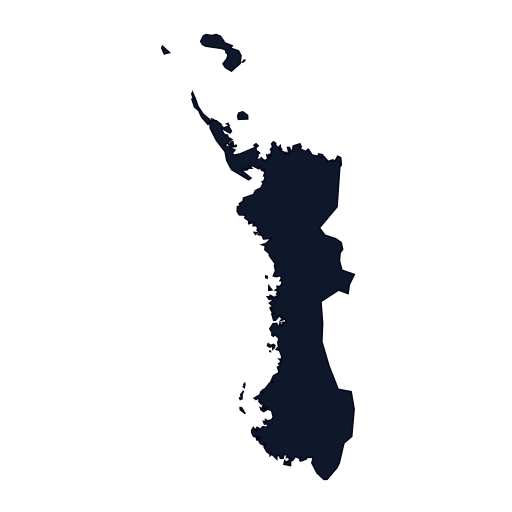 Eastern Samar, Eastern Samar, Philippines (Mercator projection), rotated 184°
{"feature_id": "2640588B94499067384006", "entity_name": "Eastern Samar", "entity_type": "district", "adm_level": 2, "iso_a3": "PHL", "parent_name": "Philippines", "parent_adm1": "Eastern Samar", "projection": "mercator", "projection_center": [125.55, 11.519], "detail": "fine", "context": "isolated", "style": "filled", "palette": "ink", "viewbox_px": 512, "rotation_deg": 184, "n_neighbors": 0, "source": "geoboundaries", "source_scale": "gbopen_adm2", "svg_char_len": 6106}
<svg xmlns="http://www.w3.org/2000/svg" viewBox="0 0 512 512"><g transform="rotate(184 256 256)"><path d="M198.3,55.5L197.1,54.5L191.5,57.1L191.7,58.6L184.8,59.1L185.9,53.5L180.0,43.8L172.6,37.8L169.5,38.2L160.3,50.7L158.5,55.3L155.2,75.5L147.9,82.7L147.4,110.1L151.6,127.3L164.7,128.8L175.4,151.2L184.3,175.1L184.8,193.6L188.0,215.1L171.2,227.8L161.5,224.9L160.9,234.0L156.6,244.4L169.3,247.9L172.4,257.0L172.3,264.9L170.0,268.8L172.0,275.4L177.6,278.8L188.7,281.6L194.7,288.5L178.6,310.7L178.6,350.8L177.2,352.7L178.3,359.9L181.4,361.3L183.7,356.6L185.6,356.1L185.9,357.3L191.8,355.0L191.4,356.2L195.0,359.8L197.4,359.1L196.2,361.2L197.1,361.8L200.6,362.2L200.9,360.4L202.3,359.9L207.1,360.7L211.2,366.2L213.9,363.8L220.0,366.3L218.4,368.1L220.0,371.0L226.5,368.4L227.1,363.2L228.3,363.1L230.3,366.6L232.1,366.5L230.6,361.7L231.8,360.3L233.2,361.5L233.5,361.0L233.7,359.4L233.8,359.3L235.4,361.7L238.6,362.5L237.7,364.2L238.7,364.8L241.1,363.4L239.0,365.7L239.5,367.9L241.4,365.5L244.2,368.0L244.3,370.0L246.7,371.1L248.3,369.0L247.1,365.9L249.1,363.1L247.9,362.4L248.3,357.2L248.8,357.6L248.8,355.7L250.1,354.8L249.6,359.0L250.6,357.2L252.3,357.6L251.2,353.8L252.7,352.3L255.0,352.1L258.0,354.9L257.5,353.7L259.6,352.4L262.5,353.2L260.9,355.7L261.2,358.1L259.0,359.2L261.7,358.9L261.1,360.2L262.3,360.3L264.1,364.4L279.1,356.7L285.3,355.0L286.8,356.9L284.4,360.3L295.1,364.2L288.2,370.6L292.0,372.2L292.9,374.6L295.9,374.8L299.0,379.5L298.2,382.5L300.9,384.2L300.0,384.9L305.3,388.3L308.9,387.9L309.0,389.3L307.0,389.0L309.7,389.6L309.0,388.6L311.1,386.9L310.7,380.4L303.7,368.8L294.1,357.9L291.8,349.1L286.4,340.5L268.7,331.5L266.4,333.3L276.7,340.6L273.0,341.0L273.8,341.4L274.1,342.7L270.6,342.9L271.8,342.1L270.8,341.4L269.4,343.0L266.4,343.3L269.0,345.4L265.5,345.7L259.3,343.2L258.6,345.0L256.1,341.8L254.0,343.0L254.4,341.2L252.7,341.3L253.9,336.4L252.7,336.5L252.5,334.6L253.3,331.5L255.1,330.4L253.8,329.3L255.9,324.3L261.2,321.2L262.7,317.1L272.5,313.1L272.8,309.6L276.3,307.1L275.2,304.8L278.0,304.0L277.9,299.1L275.4,295.8L270.8,296.1L269.0,294.6L269.9,293.2L265.7,290.6L265.5,287.7L260.1,289.3L261.1,286.1L257.5,286.1L256.1,283.4L256.8,282.0L253.8,279.5L255.2,277.5L251.4,277.0L249.7,273.4L241.8,274.8L246.8,269.3L250.9,267.7L247.5,266.9L247.6,262.8L242.8,259.3L242.7,257.2L236.0,249.3L237.0,248.1L235.5,242.5L237.4,237.3L234.1,236.7L231.1,238.0L228.9,236.0L230.3,233.0L228.2,233.1L228.4,229.7L230.7,226.9L232.9,227.4L232.5,224.4L234.4,223.3L231.1,221.9L232.4,220.4L230.0,220.7L230.4,218.5L232.4,219.0L231.5,216.8L233.9,217.0L234.2,215.5L239.1,217.8L239.5,216.3L241.9,216.2L239.8,213.4L237.1,214.4L236.3,212.5L239.4,209.9L236.3,207.5L237.0,204.9L238.1,205.7L238.3,204.7L235.8,200.7L233.8,200.1L236.2,199.3L233.9,193.1L232.1,193.3L228.2,198.6L227.3,196.7L225.7,195.9L224.8,196.7L224.6,196.7L226.7,193.5L222.7,195.0L221.6,193.8L222.3,191.7L225.1,191.6L224.1,190.1L225.5,188.3L227.4,191.1L228.2,187.4L229.6,187.6L230.6,190.2L234.2,189.7L237.2,184.3L234.7,180.8L234.7,178.1L233.1,177.1L231.4,178.7L231.2,178.6L227.2,175.2L228.3,171.5L227.2,167.2L229.4,164.2L226.0,163.5L223.4,157.8L223.3,154.9L225.7,154.7L224.4,153.8L224.3,152.9L223.8,152.7L224.3,150.6L225.2,150.8L225.7,150.5L225.9,150.0L223.9,148.2L226.8,146.6L224.8,141.4L230.3,137.7L232.5,131.5L229.8,131.8L233.7,130.1L237.5,124.4L240.3,122.6L240.7,121.2L238.7,122.1L238.7,120.6L241.7,121.0L242.4,117.9L247.9,114.0L246.0,112.8L244.2,114.2L242.5,112.7L241.1,113.3L243.1,111.4L240.4,108.6L239.9,110.0L238.5,109.3L238.8,106.1L236.2,106.7L234.5,105.8L236.3,105.5L235.9,104.4L236.4,104.2L238.1,104.9L237.9,103.9L241.1,105.0L240.2,102.8L237.4,101.3L233.9,103.9L229.7,103.1L227.6,96.6L229.1,93.6L232.8,92.4L235.1,93.5L234.7,91.5L237.1,91.6L235.9,88.9L232.6,89.3L232.7,85.9L237.5,86.2L239.3,83.4L242.9,85.2L244.0,83.1L242.4,82.1L243.3,81.3L246.7,84.7L248.2,81.8L247.8,79.2L245.8,75.9L243.1,75.5L242.5,72.6L240.8,72.6L242.0,74.1L241.0,74.8L243.0,76.5L241.0,76.1L240.4,73.9L239.1,74.9L240.0,71.1L238.3,69.1L235.0,67.8L232.6,70.1L234.6,66.0L231.6,61.5L228.8,59.7L228.5,59.8L228.3,60.3L227.9,60.5L228.0,57.9L226.3,59.4L221.1,54.8L221.1,58.1L219.4,59.1L217.5,55.9L214.9,56.1L214.1,60.0L211.1,59.7L211.5,57.3L209.4,58.7L209.7,56.8L207.2,56.2L210.0,53.3L212.1,52.6L213.0,53.8L213.6,50.2L206.9,49.3L207.3,53.9L205.2,54.6L202.6,58.8L199.3,57.4L197.0,58.4L198.3,55.5ZM294.3,464.1L301.8,466.4L306.7,472.7L311.2,474.2L315.0,472.9L321.6,473.3L323.9,471.8L326.2,466.3L324.3,463.3L320.8,461.8L304.2,460.6L300.2,459.1L300.4,457.2L298.0,454.9L298.8,450.7L302.4,445.4L299.5,441.7L293.4,438.7L285.3,446.9L284.9,454.9L287.8,459.5L296.0,461.6L294.3,464.1ZM313.1,383.9L311.6,384.8L311.6,388.7L318.8,394.0L324.3,401.2L327.4,408.5L329.1,408.0L330.2,408.6L330.9,408.1L327.7,400.3L323.4,397.2L320.0,390.9L313.1,383.9ZM283.1,391.1L273.8,392.1L274.2,395.8L279.3,399.0L283.2,397.4L284.1,394.2L283.1,391.1ZM290.6,376.8L289.2,378.8L292.5,383.8L298.4,380.7L290.6,376.8ZM364.6,456.9L361.6,451.2L356.5,452.9L364.0,458.8L364.6,456.9ZM289.5,363.0L285.9,363.5L287.1,368.6L289.2,367.4L289.2,365.6L291.6,366.1L289.5,363.0ZM235.8,166.0L233.7,167.6L231.3,166.8L230.8,167.8L232.4,169.1L235.2,167.8L237.7,169.4L238.3,167.3L235.8,166.0ZM260.0,111.8L260.2,117.3L258.9,120.7L261.6,116.6L260.0,111.8ZM263.4,364.3L261.5,366.0L263.8,368.0L265.8,366.3L263.4,364.3ZM261.0,101.5L255.7,98.0L259.9,103.7L261.3,103.7L261.0,101.5ZM240.9,222.7L237.8,223.2L241.1,227.0L240.9,222.7ZM330.0,410.3L328.7,410.9L330.8,415.0L331.4,413.0L330.0,410.3ZM258.0,277.5L256.2,279.4L259.5,279.4L258.0,277.5ZM243.4,234.6L243.4,236.5L244.9,236.8L244.8,235.1L243.4,234.6ZM329.1,408.3L327.6,408.7L327.8,409.6L330.0,409.8L329.1,408.3ZM294.4,385.8L292.4,385.1L293.2,386.4L294.4,385.8ZM285.5,363.5L283.4,364.0L283.3,364.9L284.3,365.0L285.5,363.5ZM262.3,112.7L261.3,111.2L262.5,114.1L262.3,112.7ZM233.1,166.0L232.8,164.2L231.5,165.6L233.1,166.0ZM258.4,128.1L259.3,127.0L258.5,125.7L258.0,126.5L258.4,128.1ZM236.3,162.1L234.9,161.6L234.9,162.1L236.3,162.1ZM282.9,448.6L281.8,448.9L280.8,450.6L281.5,450.7L282.9,448.6ZM258.4,125.1L259.4,124.8L258.5,124.0L258.4,125.1Z" fill="#0f172a" stroke="#020617" stroke-width="1.5"/></g></svg>